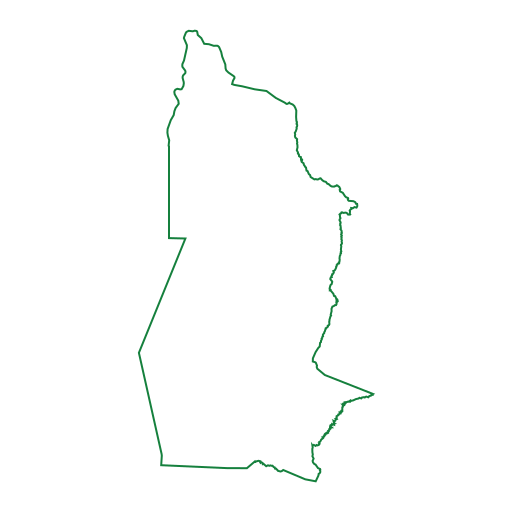 Mecanhelas, Niassa, Mozambique (Robinson projection)
{"feature_id": "85939544B26392807278532", "entity_name": "Mecanhelas", "entity_type": "district", "adm_level": 2, "iso_a3": "MOZ", "parent_name": "Mozambique", "parent_adm1": "Niassa", "projection": "robinson", "projection_center": [36.247, -14.939], "detail": "fine", "context": "isolated", "style": "outline", "palette": "green", "viewbox_px": 512, "rotation_deg": 0, "n_neighbors": 0, "source": "geoboundaries", "source_scale": "gbopen_adm2", "svg_char_len": 6071}
<svg xmlns="http://www.w3.org/2000/svg" viewBox="0 0 512 512"><path d="M266.5,91.0L254.7,89.3L242.2,86.3L234.3,84.9L232.1,84.1L233.0,80.7L234.5,78.0L234.4,76.9L233.8,76.2L228.4,72.5L226.2,70.3L225.6,68.5L225.3,64.4L222.2,56.6L221.2,52.0L219.1,47.1L218.1,46.1L217.1,45.7L213.7,45.8L208.9,44.2L204.2,43.8L201.3,38.1L197.8,35.0L197.2,31.8L196.6,31.0L194.7,30.7L192.8,31.3L188.7,30.8L186.5,31.9L185.8,32.9L184.2,36.9L183.9,38.1L186.9,45.2L186.8,48.0L184.0,60.5L182.4,64.1L182.3,65.4L182.4,66.8L185.2,70.6L185.5,71.8L185.3,73.1L183.1,75.4L182.7,76.5L182.6,77.9L183.7,82.0L183.8,83.4L183.4,86.0L181.6,89.2L180.2,89.4L177.3,88.8L175.4,89.7L174.7,90.7L174.3,91.9L174.7,94.3L178.3,100.7L178.7,103.8L175.6,108.0L174.4,111.2L173.7,115.1L170.8,120.1L167.6,129.0L167.4,132.7L167.9,135.8L169.2,140.3L168.6,145.8L169.0,146.3L169.0,238.1L185.4,238.5L138.9,352.8L161.6,454.0L161.8,455.7L161.2,465.2L226.6,468.1L246.9,468.2L254.8,461.5L255.0,462.0L255.4,462.0L255.9,461.5L258.5,460.8L260.5,461.3L260.6,461.7L260.2,462.3L260.6,462.9L261.4,462.3L262.4,462.8L262.7,463.1L262.8,464.2L263.7,464.0L266.2,466.2L268.0,465.3L269.3,465.8L270.4,465.4L271.5,465.8L272.5,465.7L273.7,467.1L274.8,467.5L275.0,468.6L276.2,468.7L276.6,469.5L277.3,469.8L277.9,470.8L280.5,471.5L281.8,471.1L283.2,470.0L305.2,479.3L315.7,481.3L318.4,475.6L318.7,473.8L319.5,473.4L320.2,472.4L320.3,471.1L319.9,470.3L320.3,469.7L320.1,469.0L318.0,468.1L315.5,464.5L314.4,464.1L313.0,462.4L312.6,460.9L313.6,458.6L312.4,456.2L312.8,454.5L312.4,452.3L312.3,448.9L312.7,447.6L312.4,445.3L312.7,445.7L313.8,444.9L315.6,445.9L316.6,445.0L317.4,445.4L318.7,445.0L319.4,444.1L319.0,443.3L319.5,443.2L319.3,442.2L319.6,442.2L320.7,440.8L321.2,439.6L323.0,438.2L322.8,437.9L323.1,437.5L322.8,437.2L323.6,437.0L323.7,436.3L324.3,436.2L324.3,435.3L324.8,435.1L324.3,434.5L324.6,434.8L324.8,434.1L325.9,433.2L326.1,433.1L326.2,433.8L328.0,432.9L327.7,432.1L328.3,431.9L328.8,431.2L328.4,430.7L328.9,430.5L329.3,429.1L329.9,429.2L330.0,428.5L330.5,428.4L330.4,428.0L330.7,427.8L330.0,427.8L330.0,427.3L331.3,427.3L330.3,426.4L330.3,425.7L330.8,425.7L330.9,425.2L331.3,425.2L331.8,424.3L332.2,424.9L332.9,424.4L333.9,424.7L333.7,424.1L334.3,423.8L333.6,423.6L334.2,422.6L333.7,421.9L334.1,421.6L333.8,421.0L334.5,421.3L335.4,420.6L335.7,419.2L336.2,419.1L335.8,418.8L336.3,418.6L336.4,417.8L336.7,417.9L336.6,416.2L338.4,415.2L338.3,414.5L339.8,413.8L339.8,412.7L339.6,412.3L340.2,412.2L340.1,412.6L340.7,412.9L340.8,411.6L341.2,411.7L341.1,412.2L341.5,412.1L341.6,410.8L342.3,410.9L342.3,407.3L342.9,406.8L342.8,405.8L343.7,405.4L342.8,404.6L343.1,404.6L343.1,404.0L343.4,403.9L343.4,404.9L344.0,404.8L344.0,403.8L344.8,404.0L344.9,403.7L344.4,403.4L345.3,403.2L345.2,403.0L344.5,402.7L344.5,402.3L347.1,402.0L348.2,401.5L348.9,401.8L349.7,401.4L350.1,401.7L350.4,401.4L350.0,400.8L350.5,400.4L350.9,400.9L353.2,400.4L355.9,399.1L358.6,398.5L359.4,397.8L361.3,398.4L362.0,397.5L363.8,397.2L364.8,397.5L365.4,396.9L366.4,396.6L368.3,397.3L369.4,396.0L370.9,395.7L371.3,394.9L372.5,394.9L372.4,394.5L373.1,394.0L324.8,375.0L317.3,368.7L316.7,367.0L317.0,365.6L315.8,362.7L315.3,362.3L312.8,361.5L312.9,358.3L315.6,352.1L318.3,347.9L319.7,346.5L320.1,342.8L321.0,342.0L321.0,340.7L321.8,339.4L321.6,338.6L322.2,338.0L322.2,337.1L323.1,336.2L322.8,335.2L323.0,334.5L324.2,333.1L324.2,332.3L324.9,331.2L325.6,328.6L325.9,328.7L326.4,327.7L327.4,327.3L328.0,326.3L327.8,325.7L329.1,324.9L329.4,324.1L329.2,321.7L329.5,320.9L329.4,320.1L330.5,316.2L331.1,315.6L330.7,314.6L331.6,311.2L331.5,308.8L332.4,306.6L333.9,306.0L334.8,305.2L336.0,305.1L336.6,303.9L336.3,302.2L337.3,301.8L337.8,301.1L337.6,300.7L336.6,300.5L336.4,299.9L337.1,299.3L336.1,298.3L335.2,296.2L334.0,295.9L333.4,293.8L330.8,290.7L330.0,290.5L330.5,289.7L329.6,289.0L329.6,288.4L330.3,285.7L330.7,284.8L331.6,284.2L332.2,282.0L332.2,281.5L330.3,279.2L330.3,278.8L330.7,277.6L331.8,277.1L331.4,276.2L332.0,275.5L332.1,274.4L332.6,274.4L333.8,272.6L333.3,271.0L334.4,270.6L335.2,269.7L336.2,267.5L336.1,266.8L336.6,266.2L336.7,265.0L337.3,264.7L337.5,263.9L338.5,263.6L338.6,263.1L339.1,263.3L339.3,262.9L339.1,262.1L339.5,261.4L339.7,259.7L339.5,258.4L339.8,256.0L340.4,254.9L340.5,253.4L341.0,253.2L340.8,251.9L341.3,251.5L340.9,249.6L341.3,246.1L340.9,245.2L341.0,244.7L341.9,243.7L342.0,243.0L341.6,241.7L341.9,240.2L341.3,239.1L341.6,238.2L341.3,236.9L341.6,236.8L341.4,236.0L341.8,235.5L341.1,234.3L341.7,233.5L341.5,232.8L341.8,232.6L341.5,230.6L340.4,229.1L340.9,228.1L340.7,227.6L340.6,225.8L340.1,225.1L340.3,224.9L340.2,223.4L340.6,223.0L340.6,222.3L339.5,220.2L339.6,219.4L340.4,218.5L340.4,217.9L340.0,217.2L339.9,215.2L339.5,214.5L340.5,213.5L341.2,213.3L341.5,212.4L342.0,212.3L343.3,212.9L345.8,212.6L346.9,213.1L348.1,214.6L350.0,214.6L350.2,214.4L349.8,213.9L350.0,211.4L349.7,210.6L350.4,209.6L351.5,208.9L351.3,208.0L352.9,208.2L354.5,207.1L356.5,207.6L357.2,206.4L357.3,205.3L357.1,203.9L355.9,203.7L355.4,202.4L355.0,202.0L353.4,201.2L348.8,200.8L348.2,200.3L347.8,199.4L348.2,198.4L348.0,198.0L346.2,197.3L345.0,196.2L342.8,192.8L340.1,191.4L339.7,189.8L340.2,189.4L340.2,188.8L339.2,186.8L338.5,186.5L337.5,185.5L336.6,185.3L335.8,186.1L334.8,186.2L334.2,186.6L331.9,186.5L330.6,185.9L328.5,184.0L327.4,183.8L325.9,181.9L323.6,181.2L322.0,179.9L320.6,178.3L319.6,178.5L318.4,179.3L317.3,179.5L315.7,179.1L314.4,179.4L310.6,177.0L310.1,175.1L308.8,174.0L307.6,171.1L306.5,170.6L306.0,167.5L304.9,166.6L304.7,165.8L303.9,164.9L303.6,163.3L301.7,161.9L301.3,160.6L302.0,160.4L302.2,159.9L302.1,159.5L301.0,159.3L300.9,157.1L299.7,156.7L299.0,156.1L298.9,154.4L297.9,153.6L298.0,152.4L296.8,150.3L297.5,147.4L297.4,144.9L297.0,143.6L297.3,142.4L296.9,140.6L297.1,139.6L297.1,139.1L295.3,137.5L294.9,135.9L295.2,134.6L294.8,132.8L295.7,131.5L296.7,128.6L296.5,127.2L297.0,126.6L297.2,125.4L297.1,124.6L296.6,124.0L296.9,123.7L296.7,122.9L297.0,122.1L296.4,121.0L296.1,116.9L296.3,110.6L295.4,108.1L294.3,106.0L292.7,104.5L289.8,103.3L289.3,102.6L287.6,103.8L286.5,103.9L284.7,102.6L275.9,98.0L266.5,91.0Z" fill="none" stroke="#15803d" stroke-width="2"/></svg>